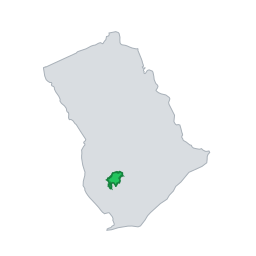 Atwima Mponua, Ashanti, Ghana (highlighted), rotated 336°
{"feature_id": "2480657B25907117051030", "entity_name": "Atwima Mponua", "entity_type": "district", "adm_level": 2, "iso_a3": "GHA", "parent_name": "Ghana", "parent_adm1": "Ashanti", "projection": "mercator", "projection_center": [-2.226, 6.556], "detail": "fine", "context": "in_parent", "style": "filled", "palette": "green", "viewbox_px": 256, "rotation_deg": 336, "n_neighbors": 0, "source": "geoboundaries", "source_scale": "gbopen_adm2", "svg_char_len": 6182}
<svg xmlns="http://www.w3.org/2000/svg" viewBox="0 0 256 256"><g transform="rotate(336 128 128)"><path d="M156.0,35.0L157.9,36.8L158.3,37.9L157.6,41.7L156.3,44.4L155.4,46.9L155.5,48.2L156.3,49.5L159.2,51.4L160.6,52.7L162.4,54.7L164.3,56.6L167.7,59.1L169.2,59.5L169.1,60.2L168.6,61.2L168.3,70.4L168.1,72.8L167.8,74.0L167.5,77.4L167.1,77.9L166.5,77.9L165.9,78.0L165.8,78.7L166.0,79.4L168.0,79.9L167.6,80.4L166.1,80.9L165.4,81.9L165.7,83.1L164.9,84.1L165.1,84.7L165.6,85.2L166.5,85.0L168.9,83.4L169.9,83.3L171.1,83.6L173.4,86.0L173.5,87.2L172.6,91.3L171.6,94.4L171.5,98.6L172.4,100.9L172.3,102.2L171.3,103.3L168.9,104.9L169.1,106.0L170.2,108.1L172.2,110.3L176.0,113.2L178.1,116.9L178.1,118.4L176.9,119.8L175.5,121.1L175.1,123.0L175.7,135.3L172.6,140.7L172.6,142.2L172.9,144.0L173.7,145.0L175.3,145.3L176.6,146.4L176.1,150.1L175.4,153.9L175.3,155.8L175.0,156.7L173.8,157.4L173.3,158.6L173.6,160.1L173.4,161.2L174.0,162.6L175.4,164.4L177.7,168.8L178.5,169.1L178.9,170.0L178.7,170.9L179.6,172.9L182.1,174.8L184.7,176.5L186.8,176.8L187.3,178.3L188.7,180.2L189.7,181.1L191.3,181.6L192.6,181.9L192.7,183.6L190.3,184.7L188.7,186.4L187.5,188.9L185.8,191.8L179.9,193.2L177.7,193.2L165.6,193.3L154.3,198.9L147.8,200.8L143.9,204.0L138.5,206.2L134.7,208.9L126.9,210.2L114.2,214.4L110.2,216.1L106.1,219.0L99.6,222.5L97.0,222.4L91.8,219.2L88.0,217.6L78.5,215.1L71.4,214.2L68.0,213.1L67.1,212.9L67.9,211.8L69.9,211.7L71.9,212.0L73.5,211.2L75.8,211.0L76.4,210.1L76.6,207.8L76.6,205.9L77.4,205.1L77.6,202.8L76.4,197.9L75.6,197.4L71.5,196.7L71.2,195.7L70.5,194.7L69.7,192.1L68.8,188.3L67.3,183.7L64.6,176.0L63.9,173.2L63.4,170.4L63.3,167.1L63.9,165.9L63.8,164.2L63.5,162.5L65.5,158.5L69.3,153.7L70.1,152.0L70.8,150.8L70.9,149.0L71.6,143.4L73.4,136.6L74.6,134.0L75.4,132.7L76.3,130.4L76.6,129.3L80.1,126.7L81.7,126.0L82.1,124.9L81.5,123.8L81.8,123.0L82.6,122.6L83.9,122.3L84.8,121.2L83.4,112.8L82.2,104.4L82.1,103.7L81.4,102.5L80.7,99.1L79.5,97.1L77.8,96.5L77.8,94.6L79.5,91.3L79.9,89.4L79.1,88.9L79.0,87.4L79.6,85.0L79.3,83.6L79.0,82.0L77.2,78.3L76.8,75.7L77.7,74.2L77.7,70.9L76.7,65.7L76.6,62.5L77.2,61.1L76.9,59.8L75.7,58.6L75.6,57.4L76.6,56.3L76.5,55.3L75.2,54.7L74.0,53.1L72.9,50.6L73.1,46.6L75.1,39.1L75.4,38.5L77.7,38.6L77.7,38.9L84.7,38.8L92.8,38.7L102.5,38.6L111.3,38.5L111.7,38.2L113.2,37.8L122.0,38.6L127.6,38.2L129.9,38.4L131.7,38.9L135.5,38.6L137.5,38.8L139.1,40.7L139.7,40.6L140.6,39.9L142.1,39.0L143.7,38.3L144.8,36.8L145.5,35.7L146.5,35.9L147.9,35.9L148.9,34.9L149.3,33.5L156.0,35.0Z" fill="#d9dde1" stroke="#a8b0b8" stroke-width="1"/><path d="M102.3,164.3L102.4,164.5L101.9,164.6L101.8,164.4L101.5,164.4L101.5,164.5L101.4,164.6L101.4,164.8L101.5,164.8L101.4,165.0L101.3,165.3L101.1,165.3L100.9,165.2L101.0,165.1L101.0,164.8L100.7,164.5L100.5,164.4L100.5,164.1L100.5,163.8L100.4,163.7L100.1,163.4L99.8,163.5L99.8,163.8L99.8,164.0L99.7,164.1L99.4,163.6L99.3,163.4L99.0,163.2L98.4,163.5L98.1,163.3L97.6,163.1L97.0,163.2L96.5,163.1L96.4,163.0L96.1,162.9L96.1,163.1L95.5,163.0L94.5,163.8L94.4,163.8L94.4,164.2L93.9,164.8L93.7,165.0L93.7,164.9L93.6,165.0L93.4,165.3L93.3,165.2L92.9,165.2L92.7,165.0L92.6,165.3L92.4,165.4L92.4,165.5L92.5,165.5L92.3,165.6L92.1,165.5L92.0,165.4L91.9,165.5L92.0,165.4L91.9,165.3L91.7,165.4L91.7,165.5L91.6,165.4L91.5,165.5L91.5,165.4L91.4,165.4L91.3,165.6L91.2,165.6L90.9,165.6L90.8,165.8L90.7,166.0L90.6,165.9L90.4,165.8L90.1,165.8L90.1,165.7L89.9,165.7L89.9,165.8L89.8,165.7L89.7,165.7L89.4,165.7L89.3,165.8L89.2,165.8L89.1,166.0L89.0,165.9L88.9,166.1L89.0,166.2L88.9,166.3L88.7,166.4L88.5,166.5L88.4,166.4L88.3,166.5L88.1,166.6L87.9,166.7L87.7,166.7L87.5,166.8L87.4,166.8L87.6,167.1L87.9,167.1L88.0,167.2L88.0,167.3L87.9,167.4L87.9,167.5L87.9,167.4L87.9,167.5L88.0,167.8L88.1,168.1L88.2,168.3L88.4,168.2L88.4,168.3L88.4,168.5L88.4,168.4L88.4,168.5L88.5,168.6L88.8,168.7L88.8,168.8L88.7,168.9L88.5,169.0L88.5,169.4L88.4,169.5L88.4,169.8L88.5,170.0L88.6,170.3L88.4,170.5L88.5,170.7L88.3,170.8L88.2,170.8L88.0,171.1L88.1,171.4L87.8,171.3L87.7,171.4L87.7,171.5L87.5,171.8L87.4,171.8L87.2,171.7L87.2,171.8L87.3,171.9L87.2,172.0L87.3,172.1L87.3,172.3L87.2,172.3L87.2,172.2L87.1,172.3L86.9,172.5L87.0,172.5L86.9,172.6L86.7,172.7L86.7,173.0L86.8,173.2L86.8,173.3L86.6,173.4L86.6,173.5L86.4,173.5L86.6,173.6L86.8,173.6L86.8,173.9L87.1,173.9L87.1,174.1L87.3,174.2L87.3,174.3L87.2,174.3L87.3,174.6L87.2,175.0L87.1,175.3L87.2,175.5L87.0,175.8L87.1,176.0L87.2,175.9L87.3,176.0L87.4,175.9L87.5,176.0L87.7,175.9L88.0,175.9L88.0,176.1L88.2,176.4L88.2,176.0L88.4,175.9L88.5,176.0L88.6,175.9L88.6,175.6L88.9,175.4L89.1,174.9L89.4,174.6L89.6,173.4L89.4,173.4L89.5,173.3L89.4,173.2L89.2,173.0L89.4,172.8L89.4,172.5L89.2,172.4L89.1,172.2L89.3,172.0L89.6,172.0L89.8,171.7L89.8,171.8L90.2,171.8L90.5,171.8L90.6,172.0L91.0,171.7L91.5,171.9L92.0,171.8L92.4,172.2L92.6,172.3L92.6,172.5L92.8,172.7L92.9,173.0L92.8,173.3L92.9,173.6L92.9,173.8L93.0,173.9L93.0,174.0L93.1,174.4L93.2,174.7L93.1,174.8L93.2,175.0L93.3,175.1L93.3,175.5L93.2,175.8L93.3,176.1L93.1,176.2L93.0,176.8L93.1,176.5L93.4,176.3L93.5,176.2L93.8,175.8L94.2,175.6L94.9,175.2L95.0,175.0L94.9,174.9L94.9,174.7L95.2,174.7L95.3,174.7L95.5,174.6L95.4,174.3L95.5,174.0L96.0,174.1L96.4,174.0L96.6,174.1L96.8,174.1L97.3,174.3L97.6,174.6L97.9,174.5L98.1,174.7L98.3,174.7L98.3,174.8L98.3,174.6L98.2,174.5L98.2,174.4L98.3,174.2L98.3,173.9L98.3,173.7L98.2,173.7L98.3,173.6L98.5,173.6L98.8,173.5L98.8,173.4L98.8,173.5L99.1,173.3L99.0,173.2L98.7,173.2L99.2,172.8L99.4,172.5L99.4,172.3L99.5,172.1L99.5,171.8L99.6,171.5L99.6,171.4L99.4,170.8L99.4,170.7L99.5,170.8L99.8,171.1L99.9,170.9L100.3,170.9L100.1,170.8L100.0,170.7L100.4,170.5L100.4,170.3L100.6,170.2L100.3,170.1L100.8,169.5L100.8,169.4L101.5,169.3L101.7,169.1L102.2,169.0L102.3,168.8L102.5,169.0L102.5,168.9L103.1,168.9L103.1,169.0L102.9,169.2L103.1,169.2L103.1,169.3L103.3,169.4L103.6,169.3L103.8,169.4L103.7,169.2L103.7,168.9L103.8,168.8L103.6,168.6L103.9,168.3L103.9,168.1L103.9,167.9L104.0,167.9L104.2,167.4L104.5,167.2L104.6,166.8L104.2,166.7L104.1,166.0L103.7,165.8L103.6,165.7L103.3,165.3L103.0,165.2L102.9,165.1L103.0,165.1L102.8,164.9L102.7,164.8L102.8,164.7L102.6,164.6L102.6,164.4L102.4,164.4L102.3,164.3Z" fill="#22c55e" stroke="#15803d" stroke-width="1.5"/></g></svg>